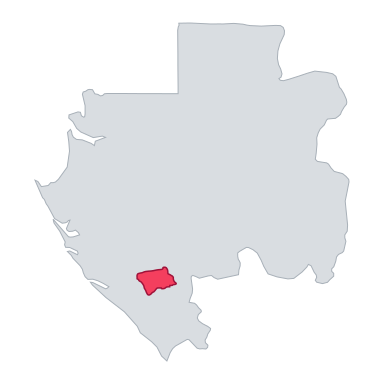 Douigni, Nyanga, Gabon shown in context
{"feature_id": "22940354B25852434445694", "entity_name": "Douigni", "entity_type": "district", "adm_level": 2, "iso_a3": "GAB", "parent_name": "Gabon", "parent_adm1": "Nyanga", "projection": "orthographic", "projection_center": [10.944, -2.448], "detail": "fine", "context": "in_parent", "style": "filled", "palette": "rose", "viewbox_px": 384, "rotation_deg": 0, "n_neighbors": 0, "source": "geoboundaries", "source_scale": "gbopen_adm2", "svg_char_len": 4507}
<svg xmlns="http://www.w3.org/2000/svg" viewBox="0 0 384 384"><path d="M284.5,30.8L284.2,34.6L279.9,43.8L277.9,51.0L277.4,58.6L278.6,64.7L280.7,69.1L282.0,73.9L281.0,77.2L278.9,78.6L280.3,80.3L283.5,80.7L288.8,79.3L297.0,76.7L307.8,73.1L314.8,71.1L326.5,72.4L332.7,73.8L335.9,76.4L339.4,87.3L341.1,89.0L343.9,93.7L346.3,99.3L346.8,102.1L346.5,104.2L344.1,107.2L341.5,111.6L340.5,114.3L338.3,116.3L335.5,118.3L327.7,119.0L326.5,120.2L324.3,124.9L320.2,129.0L318.3,132.7L316.7,137.8L317.0,144.1L316.2,153.1L315.3,159.2L317.4,161.4L326.7,162.9L328.5,164.1L331.0,167.9L334.2,171.4L342.7,173.7L346.0,176.4L348.7,179.4L349.0,181.9L347.1,191.7L345.2,201.1L345.9,208.3L346.6,215.1L347.6,225.1L347.2,231.2L344.8,234.9L344.8,237.8L345.9,241.3L343.7,251.0L342.3,252.6L338.5,254.4L336.5,257.0L335.8,261.1L333.8,266.7L331.7,268.8L331.7,271.4L333.7,273.3L333.7,276.2L329.8,279.7L327.5,282.3L322.5,283.6L316.7,282.2L315.3,280.3L316.7,277.3L316.2,274.9L314.2,272.3L311.1,265.8L308.4,264.4L306.8,267.1L302.1,272.0L293.8,278.4L287.9,278.9L277.1,276.9L268.1,273.9L263.8,266.4L261.2,260.3L257.3,253.1L253.0,249.7L248.4,247.5L246.3,247.4L239.7,251.3L237.7,252.9L237.7,256.3L238.3,259.4L239.3,260.9L240.2,262.9L240.1,266.0L238.9,270.1L238.5,274.7L217.7,279.2L214.1,277.6L211.5,275.5L208.3,275.9L199.3,278.2L196.0,276.6L192.8,275.4L191.3,276.4L191.1,278.3L192.6,289.1L192.2,293.2L190.1,298.6L189.1,302.3L194.6,303.3L196.6,305.0L198.5,307.7L201.1,310.2L201.3,311.8L198.3,314.6L197.3,318.0L198.7,320.8L202.4,323.6L207.9,326.5L210.6,328.5L210.3,330.2L207.8,334.0L206.8,337.2L205.1,340.0L205.4,342.7L207.9,345.2L207.6,347.4L205.9,349.0L202.5,348.7L199.7,348.9L197.1,348.2L189.0,339.7L187.2,339.4L175.5,346.0L172.6,348.7L170.2,352.6L166.9,361.0L161.6,356.1L157.0,347.1L151.6,341.7L140.3,332.8L137.3,326.3L124.4,311.8L105.9,297.5L92.4,285.0L90.4,282.2L92.7,282.5L105.6,288.8L107.4,288.1L108.9,286.7L103.3,283.4L98.0,280.8L92.9,279.2L87.9,279.4L85.1,276.7L83.3,272.7L82.4,269.3L80.1,265.7L73.0,258.3L71.3,255.4L67.4,251.5L69.8,251.0L77.4,254.7L78.1,253.2L77.4,251.1L69.7,247.5L65.6,247.3L64.6,244.8L65.2,241.9L59.7,231.1L54.0,223.0L53.1,219.2L68.5,236.8L70.5,237.1L73.2,236.9L79.6,234.9L78.4,232.6L75.5,230.1L72.7,231.2L69.1,231.5L67.2,230.4L66.4,228.6L70.0,220.1L68.4,220.5L67.2,222.0L65.3,222.8L62.2,223.2L54.6,218.6L48.0,206.3L46.2,203.8L44.4,199.5L42.6,197.7L35.0,180.2L37.9,181.5L41.4,186.6L48.2,185.5L50.8,182.6L53.2,182.7L55.5,182.0L58.5,179.2L67.2,167.1L69.5,151.2L68.8,141.8L67.5,132.4L70.4,129.4L71.5,131.4L72.1,134.7L73.4,137.2L76.5,139.4L82.3,139.9L91.2,143.4L94.4,145.6L95.3,141.2L105.5,137.4L102.4,136.1L93.3,137.6L80.8,132.0L76.7,128.4L72.8,121.6L68.8,118.1L69.0,114.9L78.0,111.9L80.4,112.3L81.4,115.8L83.8,117.2L84.7,116.7L85.1,113.7L85.1,105.7L82.4,94.2L83.2,92.0L85.7,91.2L87.9,89.7L89.4,89.4L92.5,89.7L94.0,92.3L94.8,93.8L97.9,94.4L100.4,95.9L102.6,95.5L104.4,93.8L107.0,93.5L115.2,93.5L122.6,93.5L137.4,93.6L152.2,93.6L167.0,93.7L178.1,93.7L178.1,87.1L178.0,77.0L177.9,65.0L177.9,53.5L177.8,42.9L177.7,30.3L178.3,26.7L179.1,25.2L178.8,23.2L190.2,23.0L210.9,24.0L220.0,23.9L222.5,24.0L233.8,23.4L243.0,24.2L246.9,25.1L250.4,25.6L261.3,26.1L275.6,25.4L280.5,25.6L283.2,27.4L284.5,30.8Z" fill="#d9dde1" stroke="#a8b0b8" stroke-width="1"/><path d="M169.7,286.8L169.8,285.5L171.7,285.4L172.4,285.3L173.1,284.7L174.1,284.5L174.9,284.5L176.2,283.8L176.1,283.3L175.6,282.7L175.0,282.3L174.5,281.8L173.9,280.9L173.6,280.1L173.4,279.3L173.3,278.4L173.3,277.3L172.9,276.7L172.3,276.0L171.5,275.7L170.9,275.2L170.2,274.8L169.2,274.3L168.1,273.8L167.9,273.5L167.8,271.8L167.7,270.8L167.5,269.8L167.0,268.8L166.3,267.8L165.4,267.3L164.4,267.2L163.5,267.3L163.0,267.6L163.0,268.4L162.4,269.1L161.7,269.4L159.9,269.6L158.6,269.7L156.5,270.0L154.6,270.4L153.2,270.7L151.1,271.0L148.3,271.2L145.7,271.5L144.1,271.9L143.0,272.4L141.9,272.8L140.5,273.0L140.3,273.1L139.7,273.2L138.6,273.5L137.9,273.8L137.4,274.4L137.2,275.0L137.0,275.9L137.1,277.1L137.1,277.7L137.1,278.8L138.0,279.3L138.6,279.8L138.9,280.5L139.2,280.8L139.9,281.3L140.6,281.6L141.4,282.2L142.0,283.0L142.7,283.9L143.4,285.0L143.9,286.1L144.1,287.1L144.4,288.3L145.1,289.4L145.7,290.5L146.4,292.3L147.0,293.5L147.6,294.5L148.3,294.9L148.9,295.0L149.6,294.9L150.6,294.3L151.5,293.5L152.1,292.7L152.9,292.2L153.7,291.9L154.7,290.9L155.8,289.5L156.7,288.4L157.4,288.0L158.9,287.9L160.7,287.9L161.3,288.0L161.4,288.5L161.8,288.7L163.0,288.7L163.9,288.6L164.8,288.3L165.7,287.6L166.4,287.1L167.9,286.8L169.7,286.8Z" fill="#f43f5e" stroke="#9f1239" stroke-width="1.5"/></svg>